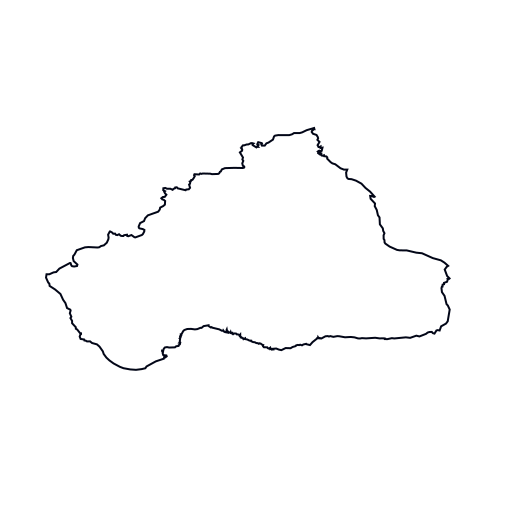 Foro, Semenawi Keyih Bahri, Eritrea, rotated 102°
{"feature_id": "51966322B48521373855800", "entity_name": "Foro", "entity_type": "district", "adm_level": 2, "iso_a3": "ERI", "parent_name": "Eritrea", "parent_adm1": "Semenawi Keyih Bahri", "projection": "equal_earth", "projection_center": [39.538, 15.185], "detail": "fine", "context": "isolated", "style": "outline", "palette": "ink", "viewbox_px": 512, "rotation_deg": 102, "n_neighbors": 0, "source": "geoboundaries", "source_scale": "gbopen_adm2", "svg_char_len": 6123}
<svg xmlns="http://www.w3.org/2000/svg" viewBox="0 0 512 512"><g transform="rotate(102 256 256)"><path d="M262.4,404.1L265.9,405.1L268.6,404.0L270.3,403.9L274.0,404.7L277.2,407.0L278.5,409.7L280.0,411.1L280.6,412.6L282.1,421.8L283.1,425.1L287.6,432.5L292.4,433.9L293.9,434.8L296.0,434.7L298.9,433.3L301.5,428.9L303.0,429.0L304.1,431.7L304.2,433.8L303.7,434.6L301.5,435.9L301.5,436.5L309.2,445.7L313.2,448.1L314.1,450.6L316.8,454.3L317.4,457.1L320.8,456.9L325.2,453.7L325.9,452.5L328.2,451.6L330.5,445.6L333.8,439.4L338.9,435.6L341.7,432.6L346.2,430.0L347.1,426.5L347.9,426.0L350.7,426.2L353.8,424.0L355.3,424.6L357.7,422.4L360.0,421.9L363.1,417.5L364.6,417.1L365.1,415.6L368.1,412.0L368.0,411.1L368.8,410.9L369.6,411.5L371.5,411.7L373.6,410.3L373.4,406.8L374.3,406.3L374.2,405.0L374.7,403.5L374.0,400.6L375.2,398.3L375.5,393.2L377.2,390.2L381.1,386.0L383.5,384.6L386.5,381.2L388.6,377.7L390.7,373.0L392.7,366.1L393.3,362.3L393.1,355.5L392.3,349.7L390.4,344.3L388.8,340.9L386.8,340.1L379.9,332.1L375.6,324.8L373.9,324.8L374.1,323.7L372.7,322.5L371.9,323.0L372.2,326.1L370.7,327.0L369.3,327.0L369.2,327.6L368.4,328.2L368.0,328.2L368.0,327.1L365.8,326.9L364.4,326.1L363.6,324.1L363.6,321.9L362.2,316.3L360.9,315.3L360.1,313.1L359.4,313.1L358.2,312.1L357.0,312.1L356.9,312.9L356.1,312.3L355.7,312.8L352.6,313.0L352.4,313.5L350.9,312.8L350.5,312.8L350.3,313.4L350.6,313.5L350.3,313.6L349.5,313.0L349.3,313.9L349.2,313.0L348.2,313.3L348.0,312.6L344.6,311.6L343.3,310.7L341.7,308.1L340.8,304.4L340.5,300.5L339.7,298.2L337.8,295.4L337.6,294.3L335.5,292.7L333.7,288.2L334.2,288.2L335.3,285.3L334.8,284.6L335.2,283.9L335.4,276.7L336.2,273.9L335.9,273.0L336.2,272.3L335.8,272.3L336.7,271.3L336.9,270.2L336.5,269.9L336.9,268.4L336.7,267.9L335.9,268.0L335.3,269.0L334.5,269.4L334.0,269.3L335.2,268.8L335.6,267.7L336.3,267.1L336.4,267.5L336.8,267.5L336.9,267.0L336.2,266.3L336.3,265.2L335.9,265.1L336.6,264.8L336.7,263.7L335.2,263.5L336.9,263.0L337.3,262.2L336.3,261.3L336.0,259.4L336.7,258.3L336.4,257.5L336.8,255.5L336.1,255.1L336.9,254.9L337.2,255.6L337.9,255.2L338.4,253.6L338.9,253.7L339.1,251.7L339.7,251.2L339.3,251.0L339.5,250.4L338.9,249.7L339.5,249.6L339.5,247.1L340.1,244.8L339.8,243.1L340.4,242.9L340.8,241.0L340.6,239.2L341.1,237.6L340.9,236.3L341.3,235.0L340.7,234.6L340.7,233.2L341.4,231.8L341.6,230.4L342.2,230.5L342.5,229.8L342.5,230.5L342.8,230.4L343.6,229.3L343.0,226.0L343.7,225.3L343.9,224.1L342.8,223.1L344.0,222.7L343.6,222.1L344.3,221.3L344.0,220.3L343.6,220.5L343.6,219.8L343.2,220.0L342.3,217.0L342.8,214.1L342.8,211.6L339.9,207.9L339.0,203.0L337.4,201.3L335.9,198.5L335.1,198.2L334.3,196.7L334.2,195.2L333.6,194.4L333.8,192.4L332.7,191.3L331.5,188.7L331.8,188.4L331.9,184.7L328.5,182.8L324.0,179.1L323.5,180.0L323.8,178.9L323.6,178.4L322.6,178.4L323.0,178.0L323.0,176.9L323.4,177.2L323.1,174.9L320.1,171.4L319.4,169.1L319.6,167.9L318.9,166.7L319.0,163.5L317.5,159.9L317.2,158.1L317.0,152.0L315.5,146.5L315.1,142.7L315.4,139.0L315.0,137.0L314.3,135.3L313.7,131.2L311.2,122.4L310.9,118.0L309.9,113.7L309.9,111.7L310.2,113.3L310.5,112.9L310.0,110.2L308.1,106.0L307.9,103.6L304.4,92.5L304.0,88.2L300.6,82.6L300.7,79.4L296.8,73.5L295.2,72.2L294.3,70.6L293.7,68.3L294.7,66.9L294.8,65.3L291.3,64.0L290.7,62.8L290.7,60.9L286.3,60.3L282.6,56.1L280.0,54.9L268.1,55.4L264.5,58.1L263.5,59.6L255.8,63.3L252.7,66.6L248.9,67.9L247.3,67.8L247.1,67.2L245.2,67.5L244.5,66.2L243.2,66.5L241.5,63.8L239.1,63.5L238.7,63.8L238.4,63.0L237.7,63.2L238.0,62.2L237.7,62.0L235.8,64.9L230.0,68.6L226.9,67.2L225.7,66.0L223.3,70.3L221.8,74.3L221.3,82.6L218.8,94.2L219.4,99.9L219.2,109.7L220.6,116.7L220.7,119.4L219.0,127.3L217.0,132.0L216.1,133.0L213.7,133.7L212.7,134.7L209.2,135.5L207.0,135.1L205.0,136.8L202.6,137.7L199.3,141.4L192.6,143.2L190.8,145.2L185.8,147.5L182.6,150.2L179.9,150.5L176.2,155.8L173.5,156.8L173.3,155.5L173.7,152.8L173.3,152.3L169.3,157.8L166.7,163.0L163.3,167.9L161.5,173.9L161.0,178.5L161.4,181.6L161.0,182.7L159.5,184.0L155.7,185.2L152.5,184.7L153.2,188.0L152.6,191.6L149.8,197.5L149.5,200.6L148.7,202.5L146.0,206.6L144.7,206.8L144.0,207.8L144.2,210.1L143.3,210.5L144.0,211.5L144.1,212.6L143.8,213.1L142.1,213.4L142.1,214.0L143.1,214.0L143.4,214.6L142.4,216.7L142.0,216.7L141.5,215.7L140.9,217.2L140.2,216.6L139.8,215.9L140.0,214.2L139.5,213.6L136.2,213.5L136.9,215.3L135.4,215.6L136.3,216.7L136.4,217.5L134.8,218.8L131.2,217.6L129.6,220.1L127.9,219.7L126.8,220.3L125.0,222.0L124.6,225.6L123.1,227.3L122.1,227.3L121.2,226.6L120.4,227.1L119.9,225.2L118.7,225.8L122.4,232.6L125.5,236.6L126.7,238.9L127.8,244.3L129.5,246.1L130.9,248.7L133.1,259.3L134.3,262.4L135.3,263.2L138.6,263.6L142.5,267.4L143.6,269.2L146.2,270.4L146.8,273.2L145.7,274.0L144.8,273.5L144.4,273.8L144.2,277.5L146.3,278.0L146.9,276.6L148.1,277.4L148.8,276.6L149.0,277.7L149.7,278.2L148.2,282.4L147.5,282.7L146.5,281.9L146.4,283.2L146.6,284.3L148.4,286.6L148.9,288.4L150.2,290.5L150.5,291.8L152.5,292.8L153.3,292.4L153.6,292.9L154.8,291.6L155.9,291.5L158.0,293.3L162.4,289.2L164.4,289.4L165.6,288.2L168.2,288.7L170.5,287.6L170.8,286.3L171.4,285.9L172.1,286.1L172.7,287.3L174.3,295.6L176.5,304.6L178.4,307.4L180.6,308.0L181.2,308.8L182.8,309.2L183.6,310.1L185.1,316.1L185.0,317.9L186.4,325.3L187.0,326.4L186.9,327.8L188.1,328.6L188.8,333.2L189.8,333.4L190.7,332.5L192.9,333.2L194.7,334.0L195.2,335.2L196.0,335.1L196.9,336.3L197.7,335.6L199.1,335.6L200.0,336.3L203.0,334.7L204.7,335.6L205.5,338.1L206.3,338.5L206.1,346.7L205.4,347.4L205.3,348.0L205.8,349.3L206.6,349.3L207.5,350.7L208.6,351.3L208.0,353.8L208.7,357.0L208.3,358.9L209.0,360.7L210.9,360.4L211.5,358.5L212.3,359.1L213.7,357.9L214.7,356.4L217.1,357.5L217.7,359.4L219.2,360.6L220.1,359.4L220.2,358.0L221.1,356.3L224.7,355.8L226.5,357.2L228.6,359.8L230.6,359.8L233.0,360.9L238.7,370.2L242.1,372.3L245.1,372.8L247.9,376.2L251.5,376.9L252.7,376.5L253.2,375.8L253.2,372.4L253.7,370.6L255.3,370.4L258.1,371.2L259.2,372.0L262.9,377.9L262.9,378.8L261.4,382.2L263.2,385.0L263.2,386.1L262.0,386.6L263.1,389.4L264.0,389.9L264.3,391.1L264.3,392.6L263.2,394.5L264.4,396.0L264.4,397.5L263.4,398.5L263.9,400.3L263.0,401.5L262.3,403.7L262.4,404.1Z" fill="none" stroke="#020617" stroke-width="2"/></g></svg>